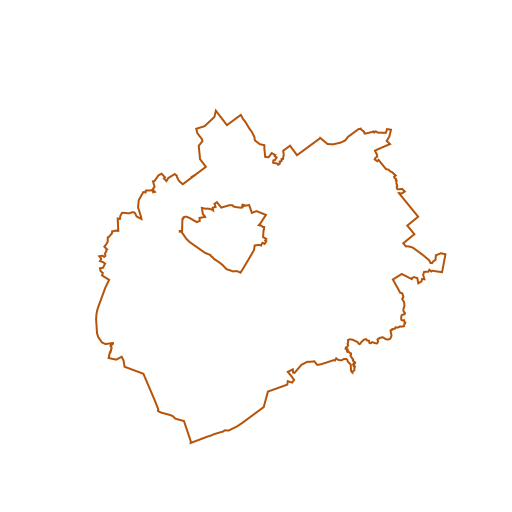 Kandavas pag., Kandavas, Latvia (Mercator projection), rotated 243°
{"feature_id": "27541924B18979846350071", "entity_name": "Kandavas pag.", "entity_type": "district", "adm_level": 2, "iso_a3": "LVA", "parent_name": "Latvia", "parent_adm1": "Kandavas", "projection": "mercator", "projection_center": [22.728, 57.032], "detail": "fine", "context": "isolated", "style": "outline", "palette": "amber", "viewbox_px": 512, "rotation_deg": 243, "n_neighbors": 0, "source": "geoboundaries", "source_scale": "gbopen_adm2", "svg_char_len": 6130}
<svg xmlns="http://www.w3.org/2000/svg" viewBox="0 0 512 512"><g transform="rotate(243 256 256)"><path d="M259.4,79.3L255.2,78.6L248.9,79.5L245.8,82.0L243.5,89.0L243.3,89.0L242.8,88.7L242.7,87.9L242.4,87.7L242.5,87.4L242.3,86.9L242.5,86.1L242.3,85.8L241.7,85.4L240.6,85.8L239.2,85.4L238.8,84.6L237.7,84.1L237.4,83.2L236.8,83.2L236.2,82.6L236.4,81.9L234.8,80.9L234.2,79.9L233.1,79.5L232.0,78.4L227.1,84.4L227.2,90.6L222.9,90.5L217.0,88.6L202.2,102.2L172.6,100.2L163.7,99.3L162.4,98.3L159.6,100.3L153.2,107.4L151.2,109.1L147.7,110.3L141.6,116.9L120.3,113.7L119.1,112.9L117.1,130.9L116.4,134.9L116.3,137.8L114.5,147.3L114.9,148.9L112.9,152.4L112.8,161.9L113.6,168.6L117.9,194.3L129.8,205.1L127.2,225.5L130.0,227.5L126.8,230.7L128.3,233.7L133.3,232.9L138.3,231.7L138.3,237.3L135.3,236.1L134.4,237.3L138.4,247.0L138.5,253.3L136.1,258.7L135.8,260.1L131.2,261.1L130.0,264.8L127.9,278.1L127.0,278.7L128.4,281.0L126.6,281.7L124.7,283.9L124.2,285.1L124.4,287.2L123.4,289.5L122.2,290.2L119.9,289.9L116.8,291.0L115.4,290.7L110.9,288.7L109.5,288.6L108.3,289.0L109.2,289.6L109.2,290.7L109.8,292.0L112.0,293.0L112.4,293.9L113.3,293.8L113.7,293.1L113.9,293.2L113.9,293.8L114.3,294.0L115.4,293.2L115.7,294.1L115.3,294.8L115.6,295.5L116.3,294.9L116.5,295.0L116.4,295.5L116.6,295.8L118.7,294.8L119.3,295.4L120.2,295.6L121.1,295.1L122.3,295.2L123.9,294.8L124.7,295.2L125.0,295.9L126.1,296.4L127.1,295.5L128.9,295.1L128.9,294.3L129.0,293.9L129.9,293.9L131.0,295.3L131.3,295.3L131.8,294.0L132.6,293.7L133.6,294.4L133.7,295.0L133.6,295.9L134.6,297.6L136.0,297.6L137.7,299.2L139.4,299.8L139.3,300.9L139.1,301.9L137.4,304.2L133.2,307.4L131.6,307.6L130.5,308.1L130.5,308.9L131.3,310.3L132.4,314.0L132.3,315.5L131.9,316.4L130.3,316.6L129.2,318.2L127.3,317.6L126.4,318.1L126.2,318.8L126.5,320.2L126.3,320.7L124.5,322.3L123.2,323.9L123.2,324.3L124.4,326.0L126.4,326.3L126.8,327.3L126.6,328.2L126.9,329.2L126.4,330.2L126.4,331.1L126.0,332.1L123.0,333.9L121.6,335.7L121.3,337.5L121.7,338.5L123.4,340.5L128.5,342.0L128.7,342.5L128.4,343.0L128.4,343.8L129.0,344.2L128.2,347.0L129.1,348.0L128.1,349.3L127.7,350.8L127.9,352.4L126.9,353.6L126.3,356.0L127.1,356.3L128.6,358.5L129.0,358.3L129.1,358.7L129.9,358.4L131.5,358.8L132.2,357.1L133.0,356.6L133.6,356.6L136.5,358.2L136.9,358.8L137.3,359.5L136.7,361.4L136.7,362.0L137.5,362.8L139.4,362.4L140.5,362.5L142.4,363.8L144.1,365.6L147.5,367.0L151.4,366.7L152.5,368.7L153.4,368.9L156.3,369.4L157.8,367.8L158.4,367.8L172.9,367.3L173.8,377.7L164.7,384.3L165.5,385.1L165.5,387.1L163.1,389.7L158.0,388.2L158.2,391.9L160.1,393.4L158.8,395.5L163.4,396.4L165.5,398.6L163.8,402.5L165.0,404.2L162.6,405.2L162.9,406.3L157.1,414.4L171.5,425.6L174.6,421.9L174.5,420.8L175.0,416.6L171.1,414.3L170.7,411.4L169.7,409.6L170.6,408.3L173.5,408.4L181.7,404.9L189.8,400.8L192.7,399.2L195.6,395.9L196.5,393.9L200.5,393.0L203.5,407.0L214.4,404.6L217.4,418.3L247.2,411.9L247.1,412.3L246.8,412.4L245.9,413.5L245.6,414.4L245.9,417.8L249.3,416.8L251.1,412.5L252.3,412.2L254.1,413.0L254.2,413.7L257.0,414.1L259.4,415.5L259.8,414.9L261.2,415.7L262.6,414.9L264.0,415.1L264.3,417.0L269.0,415.3L270.5,414.0L272.7,413.3L274.4,411.3L286.0,408.8L285.4,407.1L288.2,405.6L289.3,407.2L289.5,409.1L291.3,409.8L295.8,409.8L295.8,412.6L294.9,426.2L299.2,424.7L301.8,428.9L307.2,433.6L309.6,430.4L306.8,427.6L310.7,420.4L312.7,419.3L312.7,418.4L312.3,417.5L312.4,417.3L313.7,417.1L313.8,415.5L315.6,408.5L315.9,408.3L317.7,408.7L321.2,407.0L321.9,407.2L322.5,404.9L320.4,392.0L319.2,389.7L318.4,387.6L318.7,382.4L320.6,375.1L323.3,370.6L332.1,366.8L331.8,366.4L327.2,338.3L338.8,336.4L337.4,327.9L334.2,327.0L330.2,324.1L330.8,322.8L328.9,321.8L329.4,320.0L327.6,319.3L327.2,317.9L327.3,317.1L328.5,317.1L331.4,313.6L333.3,314.9L332.9,316.4L334.4,319.1L336.7,318.0L337.3,319.0L340.5,316.7L338.3,312.0L340.1,309.2L348.1,312.3L350.9,313.8L353.7,310.3L359.4,307.5L361.6,308.1L362.5,308.6L368.7,308.6L372.9,307.9L380.6,307.4L383.7,306.7L388.6,306.5L385.8,289.5L403.7,286.2L398.8,282.1L395.0,269.2L396.5,260.5L392.0,259.5L384.5,260.9L382.6,260.4L380.2,255.0L367.7,250.1L358.2,251.8L355.9,238.7L355.8,236.9L355.6,237.3L353.2,223.3L356.6,221.9L358.9,221.4L362.8,221.5L363.4,221.9L365.9,220.8L365.3,213.2L363.4,210.2L366.9,209.2L367.4,210.6L372.2,209.2L372.1,205.6L368.9,199.6L369.3,198.1L364.0,197.1L363.4,196.6L363.1,196.1L363.2,195.7L362.9,195.2L361.8,194.5L360.5,194.5L359.1,195.0L359.4,193.3L362.1,193.7L361.8,192.8L364.3,187.8L364.0,187.2L362.8,186.5L364.1,184.6L359.0,176.9L352.9,173.0L342.8,171.3L341.0,170.7L345.4,167.6L349.4,167.6L350.1,167.2L351.1,165.8L351.7,162.0L354.5,157.9L355.2,156.2L353.5,153.5L350.8,151.5L352.2,149.8L340.9,144.7L341.3,143.8L341.8,143.9L342.6,141.6L342.5,141.0L343.3,139.1L341.5,137.8L339.7,133.2L339.9,132.4L336.0,130.3L334.2,127.5L333.1,125.1L330.1,126.1L330.2,125.8L328.4,125.1L326.9,122.7L324.5,121.9L324.2,120.3L325.9,119.4L326.9,116.3L323.8,116.8L322.2,114.7L320.3,116.7L317.7,118.1L315.0,114.3L315.9,111.4L313.1,110.7L310.4,111.8L308.6,110.0L301.4,114.3L296.4,107.6L282.3,92.4L279.5,89.7L276.4,87.3L272.2,84.8L259.4,79.3ZM259.7,253.1L250.9,239.2L248.2,234.6L250.1,233.2L251.7,231.3L252.5,228.8L257.7,223.7L263.2,222.1L266.5,220.6L271.3,218.0L271.3,217.8L273.5,216.9L274.6,216.8L276.0,215.9L277.4,215.9L282.3,211.8L298.6,203.2L302.7,201.8L311.7,200.5L312.3,199.1L312.9,199.4L311.9,201.5L322.3,207.2L322.3,207.7L322.6,207.8L322.6,208.3L322.9,208.3L323.4,209.2L323.1,210.8L322.8,211.5L321.7,212.7L319.6,214.4L314.8,217.4L314.0,218.2L313.3,218.3L313.1,218.6L312.8,221.8L315.6,223.0L313.9,228.4L315.4,228.3L317.2,227.6L323.4,229.6L321.0,232.5L320.1,234.6L319.3,235.7L317.4,237.8L316.1,238.5L318.7,239.3L318.1,242.3L321.3,242.7L321.7,245.6L314.9,247.0L313.3,255.5L311.9,258.1L310.3,258.4L308.0,261.3L305.8,264.6L305.5,266.0L307.1,266.5L307.8,267.4L306.8,268.5L306.1,268.0L304.5,273.0L296.3,271.9L295.8,276.8L288.1,283.5L283.0,274.6L282.2,272.5L280.6,274.5L278.9,275.2L278.1,276.4L275.8,275.0L275.7,274.5L269.6,270.9L266.6,272.9L265.6,271.2L264.6,271.9L264.0,271.2L262.9,269.1L264.8,267.8L263.5,265.5L263.1,265.3L264.0,264.4L264.8,263.0L266.0,259.6L262.4,257.1L259.7,253.1Z" fill="none" stroke="#b45309" stroke-width="2"/></g></svg>